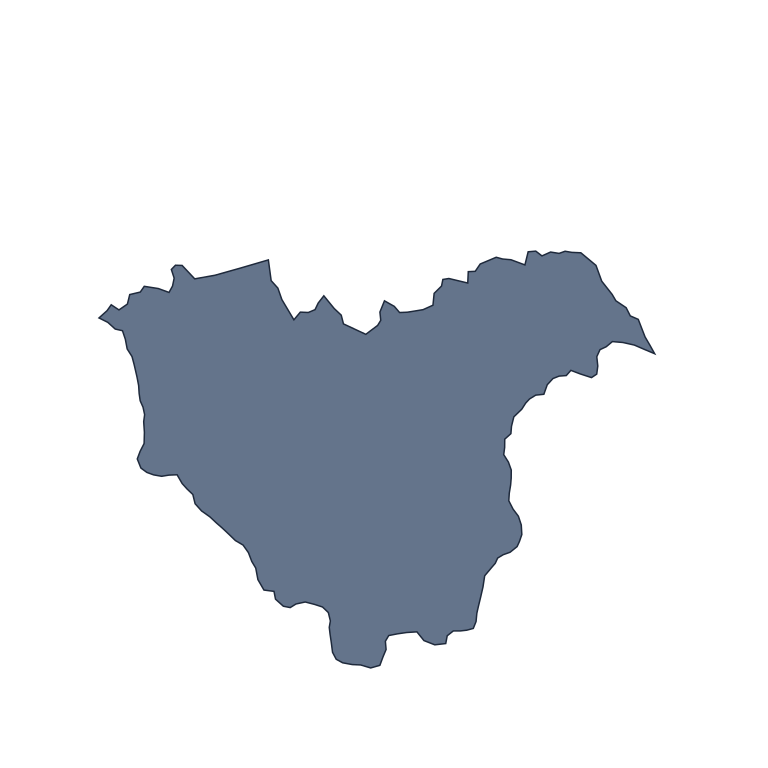 the district of Monte Sião, Minas Gerais, Brazil, rotated 138°
{"feature_id": "56859067B91379037396380", "entity_name": "Monte Sião", "entity_type": "district", "adm_level": 2, "iso_a3": "BRA", "parent_name": "Brazil", "parent_adm1": "Minas Gerais", "projection": "equal_earth", "projection_center": [-46.525, -22.428], "detail": "fine", "context": "isolated", "style": "filled", "palette": "slate", "viewbox_px": 768, "rotation_deg": 138, "n_neighbors": 0, "source": "geoboundaries", "source_scale": "gbopen_adm2", "svg_char_len": 2559}
<svg xmlns="http://www.w3.org/2000/svg" viewBox="0 0 768 768"><g transform="rotate(138 384 384)"><path d="M611.1,311.2L604.5,303.5L608.6,296.7L607.5,286.2L603.3,280.6L596.6,279.4L588.4,274.7L583.1,266.7L578.9,259.4L578.3,251.4L582.4,243.8L587.5,239.8L591.4,234.3L596.2,227.1L601.8,219.0L603.7,211.4L601.3,204.5L595.3,196.7L589.4,190.9L583.9,181.9L575.3,177.7L567.3,181.9L560.1,185.3L555.1,191.9L548.8,193.9L541.3,189.4L533.5,184.2L525.4,177.8L526.0,166.6L520.8,156.2L511.8,149.8L505.5,154.6L497.7,154.1L492.6,149.5L487.3,145.7L481.2,142.6L474.5,145.9L468.4,151.5L462.9,155.4L454.7,161.0L446.3,166.9L437.5,174.1L427.6,175.5L421.3,176.3L416.0,178.6L409.7,177.4L402.9,174.6L393.9,174.1L388.8,176.3L382.3,179.9L376.3,187.4L372.6,195.8L371.8,204.7L369.4,213.7L364.0,219.0L357.5,224.2L352.4,229.0L347.0,234.9L343.8,242.7L342.3,251.4L336.8,256.1L331.2,262.2L322.9,262.2L317.5,267.3L309.5,272.7L298.4,273.1L291.5,275.0L285.9,275.5L278.7,274.2L272.1,269.4L263.2,274.2L254.8,275.0L248.6,272.7L242.9,268.3L236.0,269.1L231.5,260.3L225.5,249.9L219.3,249.0L213.1,254.3L207.6,261.9L200.5,265.0L193.9,263.0L185.9,262.7L178.7,255.0L171.9,245.4L166.8,234.3L162.6,225.4L160.5,234.6L158.5,244.3L151.8,261.9L155.4,269.8L153.0,278.7L156.0,290.7L154.5,297.9L153.4,314.7L147.1,330.3L149.9,349.8L156.4,356.2L160.6,361.5L166.5,363.9L171.9,370.6L180.9,373.5L182.3,381.2L188.4,385.8L199.6,378.2L206.5,391.4L212.2,397.5L215.8,403.1L225.9,406.6L232.2,408.8L240.8,406.7L246.2,411.1L254.2,403.0L265.2,419.0L270.3,422.3L275.7,418.3L286.1,417.8L294.9,409.8L305.2,413.1L312.7,417.9L318.7,421.8L324.6,426.7L324.4,434.8L328.0,445.5L338.9,440.2L343.8,433.5L349.5,431.8L364.3,433.1L373.9,455.8L369.7,463.8L370.5,473.4L369.7,489.8L378.7,488.2L385.5,485.4L392.4,487.8L398.1,493.4L408.0,492.0L403.4,515.1L398.7,526.3L398.7,536.3L386.9,553.6L413.3,566.3L436.8,577.9L454.3,588.8L454.7,607.2L459.5,611.8L465.4,611.4L469.1,603.1L475.6,598.3L482.5,595.9L487.8,605.9L496.8,617.0L503.6,615.4L513.1,620.6L521.2,615.1L531.4,616.4L533.7,625.4L540.7,623.8L551.6,623.8L548.0,614.6L547.0,604.7L542.7,598.6L546.3,590.3L551.4,581.9L552.9,573.0L556.7,565.6L562.8,554.6L567.4,547.0L572.3,540.8L576.4,534.7L578.6,528.0L582.4,521.4L587.8,516.8L594.4,508.4L602.1,500.3L610.4,497.1L617.5,493.4L620.9,484.2L619.4,477.0L616.0,470.6L611.0,464.2L604.8,460.2L598.5,455.0L600.6,445.1L600.6,437.6L600.0,429.8L604.5,421.4L604.5,411.6L602.3,401.9L601.5,392.7L600.6,385.4L599.8,375.9L599.2,367.1L596.5,358.6L597.6,349.4L601.0,340.6L602.5,333.0L608.6,323.0L611.1,311.2Z" fill="#64748b" stroke="#1e293b" stroke-width="1.5"/></g></svg>